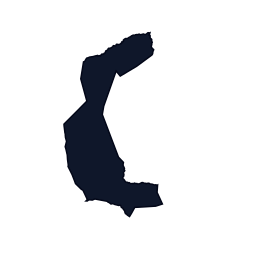 Santa María Pápalo, Oaxaca, Mexico (orthographic projection), rotated 318°
{"feature_id": "50627088B38844714330339", "entity_name": "Santa María Pápalo", "entity_type": "district", "adm_level": 2, "iso_a3": "MEX", "parent_name": "Mexico", "parent_adm1": "Oaxaca", "projection": "orthographic", "projection_center": [-96.755, 17.798], "detail": "fine", "context": "isolated", "style": "filled", "palette": "ink", "viewbox_px": 256, "rotation_deg": 318, "n_neighbors": 0, "source": "geoboundaries", "source_scale": "gbopen_adm2", "svg_char_len": 3586}
<svg xmlns="http://www.w3.org/2000/svg" viewBox="0 0 256 256"><g transform="rotate(318 128 128)"><path d="M73.4,96.8L68.8,99.9L67.9,101.9L64.8,107.4L62.1,110.8L58.8,115.6L57.7,116.5L55.3,125.2L53.1,131.0L52.7,132.0L51.8,134.2L52.3,142.3L52.9,144.1L50.2,153.1L49.4,154.1L48.0,154.1L48.9,155.0L50.3,155.1L51.3,155.6L53.3,157.7L55.9,158.6L63.4,168.4L63.6,169.9L64.1,170.8L64.5,173.1L66.2,174.1L66.9,175.8L69.4,179.5L70.3,179.7L70.6,180.6L70.3,182.0L69.9,182.6L70.5,183.9L70.2,184.9L70.2,185.7L69.9,187.7L69.3,188.6L69.1,189.2L68.8,190.0L69.3,191.0L69.2,192.1L69.9,194.8L73.6,193.7L79.9,191.5L87.1,197.3L96.3,204.6L102.7,207.5L106.5,195.3L111.8,190.2L110.7,190.0L110.9,189.1L110.5,188.8L110.3,188.5L109.7,188.2L109.4,187.8L109.1,187.4L108.7,186.4L108.0,185.5L107.1,184.7L106.9,183.8L106.6,183.1L106.1,182.6L104.5,181.5L104.1,181.5L103.9,180.6L103.5,180.2L102.8,179.7L102.6,178.6L102.2,178.2L101.7,177.8L99.1,177.1L97.5,175.9L97.5,175.2L97.0,174.9L96.6,174.5L96.4,174.1L96.2,173.8L95.8,173.6L95.8,173.2L95.1,173.0L94.6,173.0L94.2,172.5L94.1,172.1L93.7,171.9L93.0,171.3L92.5,170.8L92.5,170.5L92.5,170.3L92.4,169.6L92.3,169.4L91.7,169.3L91.5,169.1L91.5,168.6L91.4,168.2L90.4,167.0L90.4,166.9L90.1,166.4L90.1,165.6L90.4,164.9L90.5,163.1L90.3,162.3L90.6,161.4L90.8,161.2L92.0,161.1L92.4,161.0L92.6,160.8L92.9,160.5L93.1,160.3L93.5,160.2L93.6,159.9L93.9,159.7L94.6,158.3L95.0,157.9L96.9,157.6L97.2,157.3L97.4,156.0L98.3,155.7L98.5,155.2L99.4,152.3L101.6,150.5L101.4,143.3L117.9,100.8L124.6,95.5L157.3,77.7L157.0,84.2L175.8,87.9L194.2,89.7L194.3,89.6L194.6,89.7L194.8,89.7L195.1,89.6L195.5,89.5L195.7,89.4L195.8,89.3L196.2,89.1L196.5,88.9L196.7,88.7L196.9,88.5L197.2,88.2L197.4,88.0L197.6,87.9L198.0,87.7L198.3,87.6L198.5,87.5L198.7,87.4L199.1,87.2L199.4,87.0L199.6,86.8L199.6,86.6L199.4,85.9L199.2,85.3L199.2,85.1L199.3,84.9L199.3,84.6L199.5,84.3L199.5,84.1L199.5,83.8L199.5,83.7L199.7,83.3L199.8,83.1L200.0,82.9L200.2,82.6L200.5,82.5L200.7,82.4L201.1,82.2L201.5,81.9L201.7,81.6L201.9,81.5L202.0,81.2L202.1,80.9L202.2,80.7L202.4,80.6L202.5,80.6L202.9,80.8L203.1,80.7L203.3,80.6L203.4,80.3L203.5,80.1L203.6,79.9L203.5,79.7L203.6,79.4L203.7,79.2L203.8,79.1L204.0,79.0L204.1,78.9L204.2,78.7L204.4,78.5L204.6,78.4L204.8,78.1L204.9,77.9L204.9,77.7L204.9,77.3L204.8,77.1L204.7,76.6L204.7,76.4L204.7,76.1L204.8,76.0L204.8,75.8L204.8,75.7L206.2,74.2L206.3,74.0L206.3,73.8L206.2,73.6L206.0,73.4L205.9,73.3L205.8,73.1L205.7,72.9L205.8,72.8L205.9,72.7L206.0,72.7L206.4,72.6L206.8,72.6L207.5,72.2L208.0,71.9L207.5,71.7L206.9,70.8L206.4,70.5L204.5,70.5L203.2,70.0L202.3,68.4L199.7,67.1L199.1,65.7L198.4,65.4L197.6,65.1L197.2,64.5L195.9,63.7L194.8,63.4L194.0,62.4L193.0,62.2L192.1,61.8L191.7,62.0L190.5,61.7L189.7,61.4L187.4,61.1L186.1,59.9L184.8,59.6L183.4,59.6L183.1,59.8L182.5,60.6L181.9,60.5L181.0,59.9L180.2,60.7L179.4,60.3L178.9,60.4L178.8,60.6L178.1,60.4L176.6,59.5L176.4,59.4L176.2,58.8L175.5,58.1L175.0,58.1L174.1,58.8L173.6,58.8L172.5,57.2L172.1,57.0L170.7,57.5L169.6,57.1L169.0,57.2L168.3,56.7L167.9,56.8L167.0,55.8L166.3,55.8L165.3,56.3L164.4,56.3L163.8,56.0L162.9,55.9L161.3,56.9L160.4,56.5L159.1,56.8L158.8,56.3L158.4,55.9L157.9,55.6L157.6,55.9L156.7,55.6L155.8,56.0L155.4,55.3L155.1,55.2L154.8,54.8L154.3,54.8L153.8,54.4L153.9,53.7L153.7,53.6L152.3,52.8L151.8,52.5L149.9,51.6L146.9,49.6L146.3,49.4L145.3,49.1L144.3,48.5L143.9,48.5L142.9,48.7L142.1,49.0L141.6,49.1L141.0,49.4L140.1,49.5L139.6,49.3L139.2,49.1L125.8,59.9L115.4,80.5L100.0,81.4L83.0,82.3L81.8,83.8L80.7,85.4L77.9,89.4L77.5,90.2L77.2,90.7L76.4,91.6L75.2,93.2L73.4,96.8Z" fill="#0f172a" stroke="#020617" stroke-width="1.5"/></g></svg>